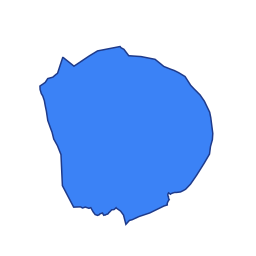 outline of Makurdi, Benue, Nigeria, rotated 249°
{"feature_id": "59680162B75733324884372", "entity_name": "Makurdi", "entity_type": "district", "adm_level": 2, "iso_a3": "NGA", "parent_name": "Nigeria", "parent_adm1": "Benue", "projection": "mercator", "projection_center": [8.495, 7.701], "detail": "fine", "context": "isolated", "style": "filled", "palette": "blue", "viewbox_px": 256, "rotation_deg": 249, "n_neighbors": 0, "source": "geoboundaries", "source_scale": "gbopen_adm2", "svg_char_len": 1478}
<svg xmlns="http://www.w3.org/2000/svg" viewBox="0 0 256 256"><g transform="rotate(249 128 128)"><path d="M55.2,74.1L55.2,74.4L55.1,74.9L55.1,75.4L54.9,75.6L55.0,76.2L55.1,77.0L55.1,77.4L54.9,77.9L55.0,78.4L55.4,79.3L55.8,79.6L56.1,80.6L56.7,81.9L57.0,82.4L57.5,83.6L57.3,84.1L57.1,84.6L57.0,85.3L56.9,86.0L57.8,88.2L57.7,88.2L53.1,91.3L48.3,92.6L38.8,91.5L41.2,96.2L40.9,98.9L41.4,106.8L40.9,117.8L42.3,133.6L42.1,137.1L42.8,137.3L43.3,137.5L43.5,137.5L43.8,137.8L44.9,138.8L45.1,139.0L45.6,139.7L46.2,140.3L46.3,140.8L47.6,140.7L48.3,140.8L49.7,141.2L50.3,140.9L51.6,141.3L52.4,142.0L52.9,142.6L51.0,143.9L51.2,144.2L51.3,146.3L51.1,148.6L50.5,150.0L49.5,154.1L49.8,157.4L50.2,159.9L53.2,166.2L59.3,175.1L68.0,186.7L74.4,194.7L81.2,198.4L86.9,202.6L92.5,205.2L108.1,209.0L113.5,209.9L125.7,208.9L133.1,207.1L140.8,203.7L145.4,201.8L155.6,199.7L161.4,195.2L165.1,191.8L167.5,189.0L172.6,183.5L182.4,177.9L190.0,165.8L195.2,154.6L202.9,152.4L205.5,150.2L206.9,149.8L210.9,127.2L209.2,117.8L205.1,99.7L217.0,92.8L217.2,92.3L204.3,81.8L203.8,79.9L202.4,76.0L202.9,70.8L200.2,67.0L198.7,60.8L195.3,59.7L191.2,59.4L188.3,59.9L186.4,59.8L183.5,59.7L181.0,59.2L177.1,58.5L172.8,57.8L163.8,55.8L155.5,55.6L151.4,55.6L144.2,54.7L143.8,54.8L136.7,55.8L127.2,55.9L97.7,46.1L73.6,48.9L71.4,55.4L69.6,56.9L69.5,59.8L67.0,62.8L67.0,64.7L62.2,65.4L59.0,66.3L57.3,68.3L57.4,70.3L57.9,71.0L57.8,73.7L57.5,73.8L56.8,73.8L55.2,74.1Z" fill="#3b82f6" stroke="#1e3a8a" stroke-width="1.5"/></g></svg>